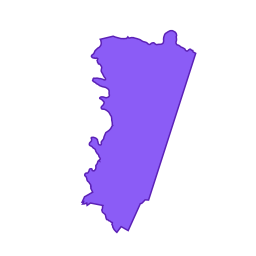 outline of Dubonaire, Dennery, Saint Lucia, rotated 282°
{"feature_id": "8701671B43196595047489", "entity_name": "Dubonaire", "entity_type": "district", "adm_level": 2, "iso_a3": "LCA", "parent_name": "Saint Lucia", "parent_adm1": "Dennery", "projection": "albers", "projection_center": [-60.92, 13.929], "detail": "fine", "context": "isolated", "style": "filled", "palette": "violet", "viewbox_px": 256, "rotation_deg": 282, "n_neighbors": 0, "source": "geoboundaries", "source_scale": "gbopen_adm2", "svg_char_len": 5723}
<svg xmlns="http://www.w3.org/2000/svg" viewBox="0 0 256 256"><g transform="rotate(282 128 128)"><path d="M215.1,178.7L215.2,178.4L215.5,177.5L215.7,176.7L216.0,175.9L216.1,175.7L216.4,175.5L217.0,175.4L217.3,175.2L217.3,174.9L217.2,174.3L217.3,174.0L217.4,173.7L217.9,173.1L218.0,172.9L218.0,172.6L218.0,172.2L217.7,171.8L217.3,171.4L217.0,171.1L216.6,170.9L216.2,170.6L215.6,170.0L215.5,169.9L215.5,169.4L215.5,169.2L215.8,168.4L215.9,168.1L216.4,167.7L216.7,167.5L217.0,167.3L217.2,167.0L218.0,164.5L218.1,163.2L218.5,162.6L218.8,161.9L219.4,160.5L219.5,160.0L219.5,159.6L219.5,159.0L219.6,158.7L219.8,158.4L220.0,158.1L220.2,157.9L220.7,157.5L220.9,157.4L221.2,157.3L221.8,157.1L222.4,157.1L222.8,157.1L223.6,157.2L224.2,157.1L225.0,157.0L227.0,156.3L227.5,156.2L228.2,156.3L228.7,156.3L229.4,156.0L230.1,155.7L230.4,155.5L231.2,154.7L231.5,154.3L231.6,154.1L232.3,151.9L232.4,150.9L232.3,150.5L232.0,149.3L231.9,149.0L231.6,148.6L230.3,147.0L229.8,146.5L229.3,146.1L228.6,145.3L228.2,145.0L227.9,144.8L227.5,144.6L226.7,144.4L225.0,144.2L224.2,144.1L223.1,144.2L222.2,144.3L220.5,144.8L220.2,144.8L218.9,144.8L218.6,144.7L218.3,144.6L217.7,144.1L217.0,143.4L216.7,142.6L216.5,141.9L216.3,140.8L215.6,138.9L215.5,138.6L215.6,137.7L216.0,136.9L216.5,136.2L216.6,135.9L216.7,135.3L216.6,134.8L216.3,134.2L215.8,133.3L215.5,133.1L215.3,132.9L214.5,132.4L214.4,132.3L214.2,131.7L214.1,131.2L214.4,130.2L214.5,129.9L214.7,129.6L215.2,128.9L215.3,128.6L215.5,127.9L215.6,126.7L215.7,125.2L215.8,124.4L216.2,123.2L216.8,121.7L216.9,121.2L217.0,120.7L217.1,119.7L217.3,118.0L217.3,117.2L217.4,115.2L217.5,114.5L217.3,113.4L217.2,112.7L216.4,110.9L216.2,110.5L216.3,110.1L216.4,109.7L217.1,108.9L215.3,108.0L214.6,105.6L214.0,102.5L214.1,100.4L214.3,96.8L214.7,94.4L209.0,82.4L208.4,83.0L208.0,83.2L206.1,84.0L204.8,84.3L204.0,84.3L203.3,84.2L202.2,83.8L201.1,83.2L199.8,81.8L197.5,80.2L196.7,79.7L194.3,79.2L193.6,79.0L193.1,78.7L192.3,77.9L191.8,77.6L191.2,77.3L190.6,77.3L190.3,77.4L190.1,77.6L189.9,78.0L189.6,78.2L189.4,78.8L189.3,79.4L189.3,80.1L189.5,80.6L189.4,80.7L189.5,80.8L189.5,81.0L189.4,82.0L189.6,82.3L189.9,82.7L189.9,83.2L189.7,83.5L189.6,84.0L189.0,84.1L188.6,84.0L188.0,83.8L187.8,83.7L187.6,83.7L186.9,84.2L186.1,84.5L185.8,84.7L185.2,85.4L184.8,85.6L184.6,85.7L184.5,85.9L184.6,86.9L184.5,87.3L183.7,88.2L182.7,89.2L182.2,89.5L181.3,89.8L180.1,89.7L178.8,89.8L178.2,89.9L177.4,90.4L176.8,90.9L176.5,91.2L176.0,91.7L174.7,92.7L173.8,93.4L173.0,94.2L172.6,94.6L172.3,95.1L171.8,95.6L171.4,95.8L171.1,95.9L170.8,95.9L170.6,95.9L170.4,95.6L170.2,95.2L170.1,94.6L170.3,93.9L170.5,92.1L170.5,91.1L170.6,90.7L170.4,89.9L170.4,89.0L170.4,88.4L170.4,88.0L170.4,87.6L170.2,86.9L170.1,86.3L169.8,85.7L169.7,85.1L169.7,84.3L169.6,84.1L169.4,83.9L169.0,83.7L167.9,83.7L167.7,83.6L167.4,83.5L167.1,83.5L166.7,83.9L166.0,85.3L165.9,85.7L165.8,86.4L165.5,86.9L164.8,88.0L164.5,89.4L163.9,90.8L163.6,91.3L163.2,93.7L163.1,94.6L163.1,97.3L162.9,98.2L162.5,99.3L161.8,100.7L161.1,101.4L160.4,101.8L159.7,102.0L159.2,102.0L158.1,102.3L157.8,102.3L157.1,102.5L156.4,103.0L156.1,103.0L155.0,102.9L154.7,102.7L153.8,101.9L153.3,100.9L153.0,100.3L153.1,98.4L153.2,98.0L153.2,97.2L153.1,96.3L152.9,95.5L152.7,95.0L151.9,94.2L151.4,94.1L151.0,94.3L150.9,94.5L150.5,96.1L149.9,97.1L149.0,98.4L148.3,99.3L147.7,99.4L146.6,99.3L146.3,99.2L145.9,99.1L145.0,98.7L144.7,98.4L143.5,97.7L142.9,97.5L142.3,97.5L141.6,97.9L141.4,98.1L141.1,98.7L141.2,99.3L141.3,100.2L141.4,101.3L140.8,103.3L140.5,104.0L139.8,105.4L139.3,106.1L137.9,107.4L137.1,108.0L136.4,108.7L135.9,109.3L135.5,109.5L135.1,109.6L133.8,110.1L132.4,110.4L131.7,110.8L130.5,111.2L129.8,111.6L129.1,111.7L128.4,111.8L128.1,112.0L127.9,112.0L127.4,112.5L126.9,112.1L125.8,111.8L123.8,111.2L122.9,110.7L121.5,109.8L119.1,107.5L118.7,107.2L118.1,107.1L116.5,106.8L115.0,106.5L114.1,106.4L112.4,106.4L110.4,105.5L109.2,104.8L108.4,104.8L107.9,104.9L107.8,105.1L107.3,105.2L106.3,105.2L105.8,104.9L105.6,104.5L105.6,103.8L105.6,103.2L105.9,102.8L106.5,102.2L107.2,101.9L108.2,101.5L109.4,100.8L110.3,100.5L110.9,99.6L111.3,98.9L111.6,97.6L111.7,96.0L111.5,95.3L111.3,94.6L111.1,94.2L110.9,94.1L110.7,94.1L110.4,94.1L109.7,94.7L107.9,94.9L107.5,94.8L105.7,93.7L105.2,93.5L104.7,93.5L104.3,93.5L103.8,93.6L103.3,93.9L103.0,94.4L102.8,94.9L102.5,96.4L101.2,98.2L101.0,98.8L100.8,99.3L100.2,100.5L98.9,101.1L98.4,101.5L97.9,101.9L97.3,102.7L96.7,103.0L96.5,103.3L96.0,104.3L95.5,104.8L95.3,104.9L94.2,105.5L93.5,106.1L92.6,107.0L92.2,107.3L91.8,107.3L91.5,107.2L91.2,107.0L91.0,106.7L90.3,106.5L89.9,106.8L90.1,106.1L90.0,105.9L88.5,105.4L88.2,105.4L87.4,105.4L87.1,105.3L86.5,105.2L84.8,104.4L84.1,104.4L83.3,104.7L82.8,104.8L81.4,104.9L80.8,104.8L80.6,104.7L79.6,104.1L79.0,103.7L78.9,103.3L78.9,102.1L79.2,101.7L79.6,101.5L79.9,101.5L80.2,101.3L80.5,101.0L80.5,100.2L80.2,99.6L79.8,99.0L78.8,98.8L77.8,98.8L76.8,98.4L76.6,98.4L76.4,98.3L75.7,98.0L75.4,97.6L75.3,97.3L75.3,96.5L75.1,96.3L74.6,95.7L74.1,95.5L73.2,95.4L72.4,95.7L72.3,95.8L71.9,96.6L71.5,97.2L71.1,97.4L70.5,97.9L68.7,98.7L68.2,99.0L67.7,99.5L67.0,100.7L66.5,101.4L65.7,102.0L65.2,102.8L64.9,103.1L64.3,103.4L63.2,103.6L63.0,103.8L62.6,103.9L62.7,104.0L61.1,104.3L57.9,106.8L51.7,99.8L45.9,98.5L46.1,99.2L46.6,99.9L45.7,99.9L44.9,99.7L44.2,99.4L44.7,101.1L46.0,103.2L43.8,104.1L46.8,106.9L47.0,119.6L46.1,119.4L45.1,119.6L44.4,119.7L43.3,119.7L42.4,119.4L40.4,120.5L39.0,123.1L38.4,123.9L35.5,125.2L34.5,125.8L34.0,126.3L34.2,127.1L33.4,128.3L33.2,129.7L32.4,131.2L32.3,132.2L32.0,132.5L30.3,132.3L29.2,133.3L28.2,133.6L27.8,133.8L25.8,135.5L24.2,137.7L23.6,138.8L30.1,141.8L27.7,149.5L56.6,155.8L57.1,157.0L58.3,157.9L61.3,159.7L61.8,163.1L215.1,178.7Z" fill="#8b5cf6" stroke="#5b21b6" stroke-width="1.5"/></g></svg>